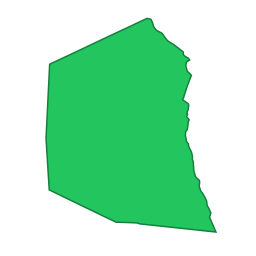 Upanema, Rio Grande do Norte, Brazil (Albers equal-area conic projection), rotated 267°
{"feature_id": "56859067B70479579251794", "entity_name": "Upanema", "entity_type": "district", "adm_level": 2, "iso_a3": "BRA", "parent_name": "Brazil", "parent_adm1": "Rio Grande do Norte", "projection": "albers", "projection_center": [-37.282, -5.615], "detail": "fine", "context": "isolated", "style": "filled", "palette": "green", "viewbox_px": 256, "rotation_deg": 267, "n_neighbors": 0, "source": "geoboundaries", "source_scale": "gbopen_adm2", "svg_char_len": 1094}
<svg xmlns="http://www.w3.org/2000/svg" viewBox="0 0 256 256"><g transform="rotate(267 128 128)"><path d="M195.8,53.1L122.0,45.6L70.3,46.1L59.7,65.3L42.6,96.4L34.6,111.1L33.3,126.2L32.7,131.9L31.5,135.4L19.5,210.4L34.7,204.7L36.6,205.6L38.9,206.3L44.2,204.2L46.4,203.0L49.2,202.8L50.9,202.7L54.5,201.3L58.4,199.3L61.3,197.4L63.8,196.6L66.4,196.1L70.1,196.7L72.0,196.5L74.5,193.9L76.3,192.7L79.0,192.2L82.0,191.5L90.8,191.4L93.6,190.6L96.2,190.9L99.7,190.3L101.9,189.6L104.9,188.3L106.8,187.6L109.1,187.5L111.2,185.7L114.5,185.4L117.2,184.9L121.2,185.3L123.1,187.0L128.2,188.1L130.8,188.4L133.0,189.5L136.5,187.0L138.3,188.1L140.5,187.7L142.9,189.0L147.2,189.8L148.9,189.6L153.5,183.9L155.0,184.9L167.1,189.5L177.3,194.1L181.6,190.2L186.4,189.1L188.1,189.1L190.8,189.9L192.7,193.1L194.6,191.9L195.7,190.1L196.8,188.5L198.5,187.0L201.0,187.2L209.3,177.6L212.3,173.0L213.8,171.5L215.5,170.3L217.7,168.9L219.2,168.1L221.1,166.6L223.8,161.9L225.2,160.6L227.9,159.0L231.8,158.0L235.3,156.7L236.5,152.8L217.7,106.6L207.7,82.3L195.8,53.1Z" fill="#22c55e" stroke="#15803d" stroke-width="1.5"/></g></svg>